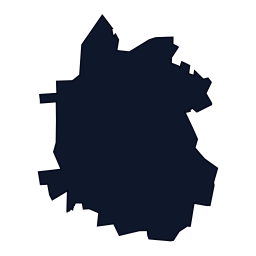 Villa Hidalgo, Sonora, Mexico
{"feature_id": "50627088B23816586948546", "entity_name": "Villa Hidalgo", "entity_type": "district", "adm_level": 2, "iso_a3": "MEX", "parent_name": "Mexico", "parent_adm1": "Sonora", "projection": "equal_earth", "projection_center": [-109.382, 30.253], "detail": "fine", "context": "isolated", "style": "filled", "palette": "ink", "viewbox_px": 256, "rotation_deg": 0, "n_neighbors": 0, "source": "geoboundaries", "source_scale": "gbopen_adm2", "svg_char_len": 2114}
<svg xmlns="http://www.w3.org/2000/svg" viewBox="0 0 256 256"><path d="M190.1,226.1L193.8,203.4L194.2,203.1L196.4,203.5L206.6,205.3L207.6,205.3L209.7,205.3L209.9,205.3L210.4,202.6L211.8,195.7L213.9,185.2L213.3,182.6L215.7,174.1L217.4,168.3L213.2,165.3L210.2,163.2L204.4,159.0L200.0,154.0L194.7,147.8L197.3,139.3L192.9,129.3L184.9,112.3L190.0,111.2L190.0,109.6L192.5,108.0L196.0,111.1L196.9,111.8L211.4,104.5L211.4,103.2L205.7,93.3L211.1,82.3L207.9,78.2L203.3,79.4L194.7,71.0L194.0,75.6L188.4,73.7L189.5,65.6L181.9,61.9L179.9,67.6L178.4,66.1L171.1,63.3L171.3,57.5L178.1,47.2L177.4,46.6L172.7,44.3L172.8,37.3L155.6,37.9L149.0,40.1L131.1,51.1L129.5,52.1L116.6,50.7L118.4,39.8L115.4,34.2L115.1,34.5L114.9,34.8L114.8,35.1L114.7,35.3L114.6,35.6L114.6,35.8L114.4,36.0L114.2,36.2L114.0,36.3L113.8,36.2L113.6,36.0L113.4,35.6L113.1,35.3L112.9,35.0L112.7,34.8L112.6,34.7L112.4,33.3L112.2,32.3L112.0,31.2L111.5,28.3L112.1,28.3L102.3,15.4L82.0,44.8L80.6,65.0L79.9,75.0L72.6,80.9L56.7,81.4L57.1,93.5L56.4,93.6L39.9,94.7L40.6,100.5L40.6,102.8L42.3,102.7L56.5,101.6L56.7,119.7L56.7,121.4L56.4,142.6L53.8,151.9L61.3,169.4L48.7,170.9L38.6,172.0L40.6,184.4L47.9,184.0L48.4,186.9L49.8,194.8L52.3,199.7L67.7,190.4L67.1,211.7L67.4,211.7L67.5,211.6L67.8,211.3L68.0,211.1L68.6,210.9L68.8,210.9L68.9,210.7L69.1,210.3L69.3,210.3L69.5,210.4L69.6,210.2L69.8,209.9L70.0,209.8L70.1,209.4L70.3,209.2L70.5,209.0L70.8,208.8L71.1,208.9L71.5,209.0L71.8,209.1L72.0,209.2L72.1,209.3L72.4,209.5L72.5,209.6L72.7,209.2L72.6,208.7L72.6,208.4L72.7,208.2L72.8,208.0L72.8,207.9L73.0,207.7L72.8,207.6L72.7,207.5L72.6,207.3L72.5,206.8L72.5,206.5L72.4,206.3L72.4,206.1L72.4,205.9L72.6,205.7L72.9,205.8L73.1,205.8L73.3,205.9L73.5,206.0L73.7,205.8L73.8,205.7L74.0,205.5L74.3,205.2L74.4,204.7L74.5,204.4L74.6,204.2L74.9,203.6L75.0,203.3L75.1,203.1L75.4,202.9L75.5,202.8L75.9,202.7L82.5,202.8L83.5,208.9L89.2,208.5L99.0,212.7L97.6,225.8L113.8,223.6L119.4,235.2L131.1,232.4L139.3,230.5L143.2,230.4L147.5,230.4L147.5,230.7L147.9,235.1L149.1,238.7L170.9,240.6L173.3,240.1L179.0,231.3L187.1,225.9L190.1,226.1Z" fill="#0f172a" stroke="#020617" stroke-width="1.5"/></svg>